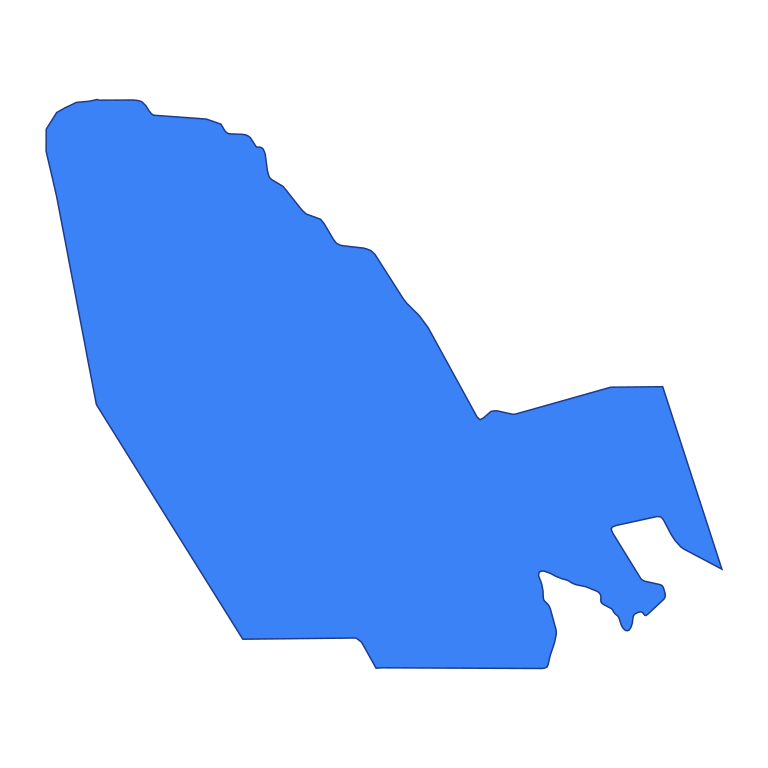 outline of Lac
{"feature_id": "TCD-1466", "entity_name": "Lac", "entity_type": "Prefecture", "adm_level": 1, "iso_a3": "TCD", "parent_name": "Chad", "parent_adm1": "", "projection": "natural_earth1", "projection_center": [14.654, 13.759], "detail": "fine", "context": "isolated", "style": "filled", "palette": "blue", "viewbox_px": 768, "rotation_deg": 0, "n_neighbors": 0, "source": "natural_earth", "source_scale": "10m", "svg_char_len": 2348}
<svg xmlns="http://www.w3.org/2000/svg" viewBox="0 0 768 768"><path d="M242.8,639.2L169.5,521.9L96.4,404.6L94.1,392.7L91.8,380.7L89.5,368.8L87.2,356.9L85.0,344.9L82.7,333.0L80.4,321.0L78.1,309.1L75.9,297.2L73.6,285.2L71.3,273.3L69.0,261.4L66.8,249.5L64.5,237.5L62.2,225.6L59.9,213.6L56.6,196.4L52.2,177.3L46.1,151.3L46.2,129.2L56.7,112.5L64.9,107.9L76.4,102.4L89.4,101.2L97.0,99.5L99.3,100.2L133.3,100.0L137.8,100.5L141.7,101.6L145.8,105.6L149.0,110.7L151.3,113.6L153.5,115.2L206.5,119.1L221.0,124.2L224.9,130.9L226.2,132.2L227.9,133.4L230.8,133.9L242.0,134.3L245.9,134.9L248.0,135.9L250.3,137.6L255.9,146.3L257.2,147.2L259.2,147.1L261.2,147.5L263.0,148.8L264.5,152.0L265.3,154.6L267.4,170.6L268.9,176.1L270.1,178.2L272.3,180.0L283.2,186.5L301.7,209.8L306.0,213.9L320.6,219.3L324.3,223.9L333.3,239.2L336.4,243.2L339.9,245.0L342.6,245.7L363.7,248.1L367.4,249.2L370.8,250.6L372.7,252.2L375.1,254.6L403.1,298.5L406.7,303.2L419.4,315.8L428.3,327.9L477.0,416.9L480.0,419.7L483.4,418.0L491.0,411.4L494.6,410.8L497.0,410.8L512.8,414.3L515.4,414.1L610.7,387.2L662.7,386.7L721.9,569.2L683.7,549.0L680.9,547.0L675.1,540.6L671.3,534.8L663.6,520.1L662.4,518.5L660.4,516.7L656.7,516.6L616.1,525.5L612.6,526.9L611.1,528.9L612.7,533.0L640.5,578.1L641.5,579.3L642.9,580.3L644.4,581.1L660.0,584.6L661.7,585.3L662.8,586.5L663.6,588.2L665.2,593.9L665.3,595.8L664.9,597.6L664.0,599.1L647.6,614.4L645.9,615.5L644.7,615.2L642.3,612.3L640.7,611.9L639.0,612.1L636.4,613.2L635.4,613.7L634.3,614.6L633.4,616.1L632.9,618.1L632.4,622.8L631.7,625.2L630.8,627.6L629.0,630.2L627.3,630.7L625.6,630.5L624.3,629.5L623.1,628.2L622.2,626.8L621.3,625.2L618.9,617.7L617.9,616.2L616.7,615.1L615.3,614.0L614.1,612.7L612.4,609.7L611.1,608.5L603.2,604.3L601.9,603.3L601.0,602.1L600.8,600.3L600.9,596.2L600.3,594.5L599.4,593.1L598.2,592.1L596.8,591.2L585.8,586.7L576.1,584.7L573.0,583.5L570.7,582.3L569.4,581.3L567.8,580.5L566.0,579.8L562.2,578.9L555.4,576.1L550.3,573.3L543.8,571.0L541.4,571.1L539.6,571.9L538.8,573.5L538.6,575.5L539.1,577.4L540.6,580.8L541.8,584.4L543.0,590.9L543.3,597.9L543.8,599.9L544.8,601.3L547.3,603.7L548.4,605.0L549.4,606.6L550.2,608.3L556.0,629.6L556.3,631.7L556.3,634.0L554.6,642.5L550.1,655.9L548.1,664.7L547.0,667.1L544.8,668.0L542.0,668.5L382.5,667.8L376.1,668.2L361.5,642.1L356.0,638.0L242.8,639.2Z" fill="#3b82f6" stroke="#1e3a8a" stroke-width="1.5"/></svg>